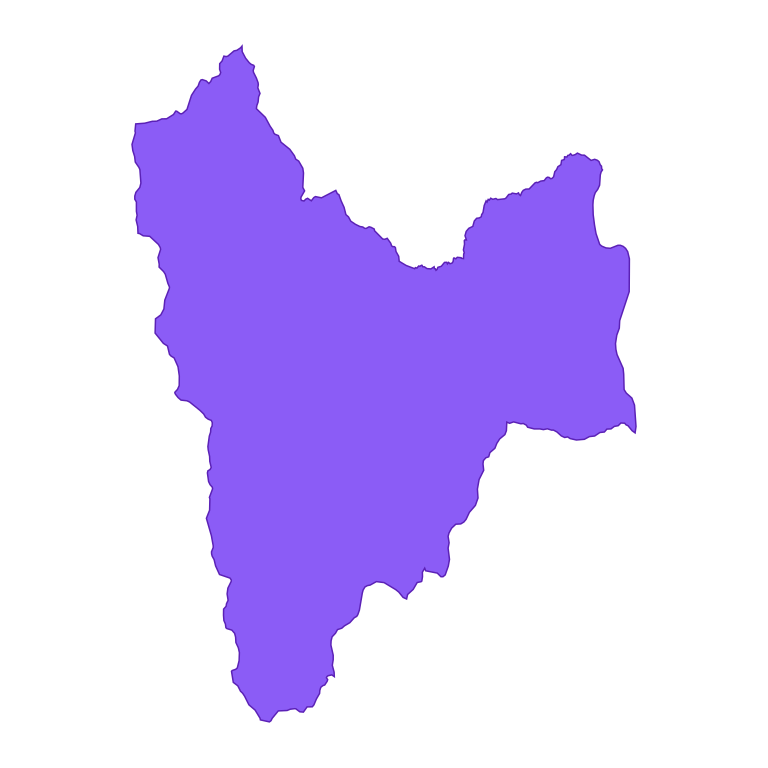 outline of Betulia, Antioquia, Colombia
{"feature_id": "7082276B84924592103866", "entity_name": "Betulia", "entity_type": "district", "adm_level": 2, "iso_a3": "COL", "parent_name": "Colombia", "parent_adm1": "Antioquia", "projection": "equal_earth", "projection_center": [-75.957, 6.181], "detail": "fine", "context": "isolated", "style": "filled", "palette": "violet", "viewbox_px": 768, "rotation_deg": 0, "n_neighbors": 0, "source": "geoboundaries", "source_scale": "gbopen_adm2", "svg_char_len": 6094}
<svg xmlns="http://www.w3.org/2000/svg" viewBox="0 0 768 768"><path d="M242.0,46.1L240.6,47.8L236.9,50.3L234.0,50.9L227.9,56.1L226.2,56.6L223.9,56.1L222.1,60.9L219.7,63.7L219.6,69.3L220.7,72.5L219.9,74.6L218.7,75.8L212.2,78.2L210.7,81.5L208.9,83.5L206.2,80.9L202.3,79.6L200.9,80.0L199.4,82.4L198.1,86.1L195.5,89.1L191.5,95.3L187.0,109.4L183.0,113.0L181.6,113.8L180.2,113.7L176.7,111.2L175.7,111.1L173.5,114.5L166.6,118.8L161.8,118.9L156.7,121.2L152.3,121.3L144.8,123.2L135.7,123.9L135.0,131.1L135.4,132.9L132.0,144.4L132.8,150.6L134.6,156.4L135.3,162.1L139.0,167.5L139.9,169.7L140.9,183.1L139.8,187.5L135.9,192.3L134.8,196.0L134.8,199.2L136.4,202.0L136.4,211.3L137.1,215.3L136.1,219.9L137.7,226.5L138.0,233.3L139.6,233.6L143.2,235.8L149.7,236.3L158.5,244.5L160.3,247.7L160.6,249.4L158.0,257.6L159.2,264.2L159.1,267.1L163.6,271.6L165.3,274.3L167.9,283.4L169.5,287.1L169.3,288.5L164.8,300.1L163.9,309.0L160.8,314.9L155.5,318.8L155.1,333.1L163.4,343.4L167.5,346.0L169.5,354.4L171.1,356.1L174.1,357.9L178.0,366.7L179.3,375.9L179.2,385.6L177.5,389.4L175.0,392.1L174.8,392.8L175.5,394.3L178.1,397.6L181.0,400.1L187.0,400.8L189.6,402.0L199.9,410.3L203.7,414.0L205.5,417.2L208.2,419.2L211.3,420.4L212.3,422.7L212.1,426.0L210.8,428.5L210.6,432.1L209.3,436.1L207.9,446.5L208.2,449.8L209.6,456.4L209.8,461.4L211.2,467.4L210.1,469.5L207.9,470.8L207.4,472.9L208.6,481.6L210.1,484.7L212.3,487.2L212.6,488.8L209.4,497.4L209.9,498.9L209.6,510.2L206.4,518.3L211.4,535.7L213.2,545.7L213.2,547.6L211.5,551.8L211.6,554.0L212.2,556.2L214.1,559.6L215.6,565.9L219.5,574.5L230.0,578.1L231.3,580.0L231.2,581.4L227.9,588.1L227.1,593.9L228.1,600.3L226.5,603.7L226.1,606.3L223.6,609.1L223.5,615.2L223.9,620.5L225.4,624.0L225.9,627.7L226.9,628.6L231.8,630.1L234.6,633.3L235.6,637.1L235.9,642.5L238.3,647.7L239.4,652.6L239.1,660.7L237.3,667.9L235.7,669.3L232.2,670.5L231.5,671.3L233.3,682.4L237.8,685.8L240.5,691.2L242.6,693.2L244.6,696.2L248.9,704.8L255.1,710.1L260.1,718.3L260.4,719.9L269.4,721.9L271.0,720.7L272.2,718.3L278.3,710.9L287.1,710.5L290.3,709.2L294.6,708.7L295.8,708.8L299.8,711.8L303.4,712.1L307.1,706.9L312.3,706.8L313.9,704.9L316.4,699.0L319.6,693.4L319.8,690.5L320.8,687.3L322.9,685.6L324.7,685.0L327.1,681.4L327.7,679.6L326.4,677.8L327.0,676.5L328.2,675.7L331.8,674.9L334.3,676.6L334.1,672.1L332.3,665.3L333.2,659.7L333.2,655.2L330.9,645.0L331.1,640.8L332.1,636.8L335.5,633.2L337.5,629.6L341.8,628.2L344.5,625.8L349.8,622.7L354.3,617.7L356.7,616.4L357.8,614.7L359.4,610.1L362.3,593.1L363.1,590.1L364.9,587.0L367.4,585.6L370.1,585.1L376.4,581.6L384.1,582.6L395.7,589.6L398.8,592.1L403.1,597.4L406.6,599.0L407.6,594.5L413.2,589.4L417.2,582.5L421.1,581.7L421.8,581.1L422.5,576.7L422.4,572.2L424.7,568.2L425.7,570.8L437.3,573.1L440.9,576.7L443.0,576.7L445.2,574.9L448.3,566.1L449.5,559.4L448.1,548.1L449.1,542.8L448.1,536.4L449.0,533.0L451.6,528.2L455.8,524.2L460.8,523.9L463.9,522.0L466.1,519.3L469.4,512.3L475.4,505.4L478.0,498.0L477.4,489.1L479.1,479.5L483.7,470.3L483.0,463.9L483.4,460.6L485.8,457.8L488.7,456.8L489.9,452.6L494.9,448.3L496.8,443.4L499.7,438.9L504.9,434.6L506.4,430.7L506.8,422.1L509.6,423.3L513.6,421.9L520.9,423.8L523.3,423.5L526.4,425.2L527.6,427.2L534.1,428.9L539.8,428.9L543.4,429.6L547.4,428.8L551.5,430.1L553.5,430.1L557.0,432.0L561.3,435.9L564.7,437.5L567.6,436.9L570.2,438.6L576.4,440.0L584.4,439.3L589.4,436.6L594.7,436.0L599.9,432.5L604.4,432.0L606.9,429.1L611.0,428.9L614.3,426.4L618.2,425.7L620.9,423.0L624.7,423.2L626.0,424.8L628.0,425.7L632.1,430.7L635.1,432.9L636.0,426.5L634.5,405.1L631.9,398.1L626.3,393.1L624.1,389.6L623.7,374.1L623.1,368.3L617.0,354.5L615.9,349.3L615.5,343.5L616.8,335.1L619.3,328.2L619.7,320.6L629.2,291.7L629.4,258.8L627.7,251.7L625.6,248.4L623.2,246.4L620.4,245.3L617.9,245.3L610.3,248.3L605.9,247.9L601.7,246.1L599.7,244.4L596.0,233.5L594.5,224.9L593.2,214.7L592.9,204.9L593.2,200.3L594.2,195.7L595.3,192.6L597.7,189.4L599.6,185.2L600.3,174.9L601.1,172.0L602.5,169.9L601.7,168.7L601.5,166.2L600.2,164.7L599.0,161.6L597.4,160.3L594.7,159.3L591.1,160.4L584.5,155.2L581.6,155.1L577.4,153.1L575.2,154.6L572.7,155.4L572.1,155.4L570.6,153.7L568.9,155.3L567.8,155.4L566.9,157.0L564.6,156.8L564.3,159.5L561.6,160.4L560.9,164.7L557.9,166.7L556.6,169.6L554.8,171.7L553.6,176.8L552.1,178.4L550.7,178.7L549.0,177.4L547.5,177.2L546.3,177.9L544.2,180.6L540.7,181.1L537.7,182.7L536.6,182.3L535.1,182.8L529.1,189.0L525.8,189.1L523.3,190.3L521.8,192.3L520.5,195.5L519.3,194.6L518.5,192.9L516.5,193.9L512.2,193.1L511.3,194.0L508.7,194.5L506.1,197.9L504.8,198.8L497.5,199.6L495.9,198.5L492.8,199.3L490.7,198.2L489.3,200.1L488.2,199.4L487.0,202.1L486.1,200.9L484.2,205.5L483.0,212.5L481.6,214.7L481.3,216.7L479.4,217.9L476.6,218.3L474.3,221.0L472.8,226.4L468.8,228.3L466.2,231.4L465.0,235.7L466.4,239.9L464.9,239.9L464.3,240.6L464.5,244.3L463.4,249.9L464.3,252.9L463.7,253.9L463.5,258.6L461.3,258.3L461.1,257.7L457.3,257.3L455.8,258.8L454.0,257.9L453.5,258.5L453.1,261.6L451.9,263.2L450.0,263.7L448.6,262.4L447.4,263.9L446.8,262.3L444.5,262.4L441.3,266.3L437.9,267.3L436.9,269.6L436.0,270.3L435.3,268.8L434.4,268.6L434.1,266.8L430.9,268.9L427.0,268.6L424.4,266.8L422.8,266.8L422.0,265.3L421.4,265.3L419.9,266.3L418.7,266.0L416.9,268.1L415.4,267.6L414.7,268.7L406.2,265.5L399.2,261.3L398.7,256.3L396.0,251.5L395.4,247.6L394.5,246.7L392.6,246.6L391.6,245.8L390.7,243.2L387.2,238.3L384.8,239.3L382.7,239.0L374.6,230.8L374.2,229.0L371.0,227.3L369.1,226.8L366.2,228.4L364.8,228.4L362.8,227.0L359.9,226.5L355.4,224.3L350.8,221.2L348.5,216.9L345.9,214.6L344.1,207.4L341.1,200.8L338.9,194.6L337.3,193.7L335.8,190.4L321.5,197.8L315.4,196.6L313.8,197.6L311.3,200.8L307.6,198.3L305.7,199.2L304.0,201.0L301.4,200.4L300.8,198.6L301.1,197.0L304.6,190.9L302.8,187.4L303.5,173.0L302.8,168.2L298.7,161.1L295.7,159.1L294.4,155.7L289.8,149.3L281.0,142.2L278.4,135.6L274.9,134.2L273.7,132.9L272.9,130.3L270.1,126.2L265.3,117.3L256.4,108.7L256.8,105.7L258.1,102.0L258.6,96.9L260.0,93.4L257.8,87.8L258.3,84.7L258.1,82.8L256.4,78.1L253.5,72.3L253.2,70.5L254.4,66.5L253.7,65.3L251.3,64.4L249.3,62.8L245.6,58.2L242.2,51.7L242.0,46.1Z" fill="#8b5cf6" stroke="#5b21b6" stroke-width="1.5"/></svg>